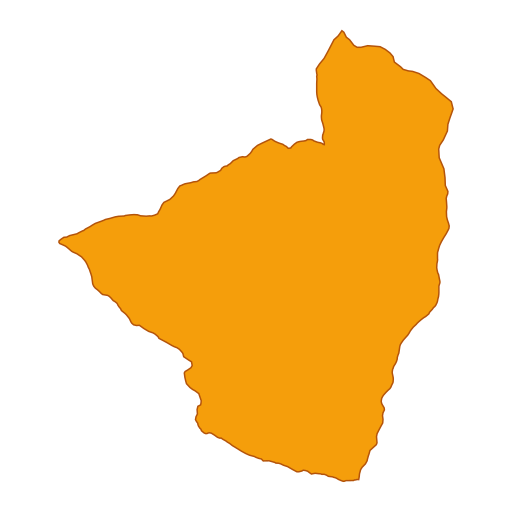 Doga, Paro, Bhutan
{"feature_id": "84629894B26183421967737", "entity_name": "Doga", "entity_type": "district", "adm_level": 2, "iso_a3": "BTN", "parent_name": "Bhutan", "parent_adm1": "Paro", "projection": "orthographic", "projection_center": [89.493, 27.296], "detail": "fine", "context": "isolated", "style": "filled", "palette": "amber", "viewbox_px": 512, "rotation_deg": 0, "n_neighbors": 0, "source": "geoboundaries", "source_scale": "gbopen_adm2", "svg_char_len": 6039}
<svg xmlns="http://www.w3.org/2000/svg" viewBox="0 0 512 512"><path d="M447.7,193.9L447.9,191.4L445.3,185.5L445.0,177.7L443.9,168.8L439.2,157.8L439.0,154.4L438.7,149.0L439.7,145.3L443.3,139.9L447.4,131.0L447.9,124.3L449.9,118.0L451.7,113.0L453.1,108.9L451.3,101.7L445.5,96.9L441.6,93.8L435.9,88.5L430.4,80.7L425.8,77.6L419.0,73.5L412.6,71.4L408.4,70.9L403.2,69.4L400.6,66.8L394.4,62.1L393.6,59.0L393.1,56.7L390.0,53.0L385.3,49.4L380.1,46.7L374.5,46.2L367.7,45.7L361.0,47.3L357.1,47.3L353.8,45.3L349.6,39.8L346.3,37.2L343.9,32.3L341.9,30.7L339.5,34.1L338.0,36.1L334.0,39.7L328.1,51.1L324.1,58.4L319.5,64.0L316.3,68.9L316.3,70.4L316.8,74.0L317.1,75.0L316.7,76.1L316.8,77.3L316.9,78.6L316.9,79.8L316.8,81.0L316.7,83.5L316.7,84.7L316.7,85.9L316.7,89.6L316.7,90.9L316.7,92.1L316.8,93.3L316.9,94.6L317.1,95.8L317.3,97.0L317.6,98.2L317.9,99.4L318.2,100.6L318.6,101.7L319.0,102.9L319.4,104.1L319.9,105.2L320.6,106.2L321.2,107.3L321.5,108.5L321.7,109.7L321.8,110.9L321.8,112.2L321.7,113.4L321.4,115.8L321.4,117.1L321.5,118.3L321.6,119.5L321.9,120.7L322.3,121.9L322.7,123.1L323.0,124.2L323.3,125.4L323.9,127.8L324.1,129.0L324.1,130.3L323.9,131.5L323.5,132.6L323.2,133.8L322.7,135.0L322.6,136.2L322.5,137.3L322.5,138.3L322.7,139.4L323.5,140.7L324.2,141.9L324.3,143.4L324.3,144.6L323.3,144.4L322.5,143.7L321.5,143.2L320.4,142.8L318.2,142.4L317.1,142.1L313.7,140.8L312.7,140.0L310.9,139.5L309.5,139.5L307.5,139.5L305.9,140.6L303.8,141.0L300.3,141.4L298.9,141.7L296.9,142.3L294.3,144.2L291.4,147.0L290.9,147.9L289.6,148.2L288.2,148.3L286.4,146.5L284.6,145.6L282.8,144.3L280.3,143.5L278.3,142.8L276.0,141.8L274.7,141.2L272.2,139.5L270.9,139.0L267.9,140.4L261.9,143.2L257.5,145.4L255.7,146.9L252.9,149.3L251.7,151.4L250.3,153.3L247.8,155.6L246.9,156.4L245.5,156.9L244.5,157.0L242.5,156.7L239.0,157.5L237.7,158.5L233.2,160.7L230.2,163.7L228.2,164.9L227.2,165.9L224.9,166.3L223.9,166.7L221.8,168.3L220.6,170.4L217.4,172.3L216.2,172.8L211.9,173.0L210.2,173.1L209.0,173.8L206.1,175.8L200.0,179.5L199.1,180.3L197.0,181.5L193.3,181.9L191.8,182.4L190.4,182.8L188.1,183.2L185.0,183.8L183.0,184.6L181.8,185.2L179.9,185.9L178.7,187.4L177.8,188.6L176.2,191.6L175.4,193.2L173.6,195.9L169.9,199.4L163.9,202.4L162.0,205.0L160.6,208.2L160.0,209.5L158.6,211.8L157.7,213.8L154.5,215.2L151.5,216.0L149.4,215.9L146.2,216.2L140.5,215.8L137.6,214.8L133.9,214.6L130.0,214.9L125.3,215.5L124.3,216.0L120.4,216.2L118.5,216.3L115.1,216.9L110.0,218.4L105.3,219.5L104.2,220.1L101.4,221.2L97.8,222.5L95.3,223.4L92.2,225.2L89.9,226.7L85.5,229.0L83.7,230.5L82.5,230.9L78.5,232.9L77.0,233.8L74.9,234.3L69.6,235.6L66.7,237.1L63.9,237.3L61.2,239.1L59.1,240.8L58.9,242.2L59.7,243.5L62.0,244.5L65.5,246.1L67.2,247.4L71.7,251.3L73.1,252.1L77.0,253.8L79.2,255.3L81.5,256.8L83.3,258.8L84.7,260.4L85.8,261.9L87.5,265.1L88.4,267.5L89.3,269.1L90.1,271.5L90.9,273.8L91.8,276.8L92.0,278.5L92.7,283.7L93.1,284.8L93.9,286.4L95.4,288.2L97.4,289.7L99.5,291.6L101.0,293.2L102.6,294.5L107.7,295.4L109.2,296.3L110.8,297.8L113.2,300.6L115.1,301.7L116.7,303.0L117.4,303.9L117.9,305.1L119.0,306.8L120.6,308.7L121.4,310.5L125.1,313.5L126.5,314.9L129.4,318.6L131.0,322.0L131.7,323.1L133.6,324.8L136.5,325.5L139.4,325.3L144.0,328.6L148.7,331.4L153.1,332.9L155.1,334.1L158.0,336.6L159.0,338.4L161.7,339.8L167.3,342.8L171.9,345.5L174.3,346.7L177.0,347.7L179.5,349.4L182.1,352.3L182.9,353.5L183.7,356.7L188.9,360.2L191.5,361.8L192.2,365.5L191.0,367.7L187.5,370.1L185.1,371.5L184.3,373.0L184.9,377.4L185.7,380.9L186.5,383.7L190.0,387.5L192.5,389.4L195.2,390.9L198.8,393.6L201.2,400.7L201.0,403.1L200.6,404.9L197.9,406.3L197.1,409.5L197.4,414.0L196.0,416.8L195.5,419.6L196.2,421.0L196.9,422.1L197.8,423.3L197.9,424.4L198.4,425.9L199.8,428.1L201.0,429.3L201.4,430.7L204.0,432.9L205.6,433.6L206.9,433.6L208.2,433.0L209.6,432.8L211.4,433.2L214.6,435.2L217.5,437.3L219.7,438.1L221.2,438.1L222.9,439.3L225.8,440.9L227.1,441.9L229.9,443.6L232.4,445.6L235.4,447.4L241.5,451.2L245.7,453.5L249.5,455.2L254.4,456.5L255.9,457.3L258.8,458.4L261.4,459.0L263.2,460.9L269.1,460.8L274.7,462.4L275.9,463.1L278.5,463.2L280.8,463.9L283.4,465.2L287.6,466.6L289.3,467.6L292.4,469.4L296.9,471.8L298.8,471.8L301.9,471.0L303.2,470.2L305.3,470.5L307.6,471.2L309.7,472.8L311.4,474.0L314.4,473.4L315.4,473.3L318.8,473.7L320.5,473.8L321.8,474.3L324.3,474.3L326.6,475.2L328.3,476.3L330.5,476.6L332.4,476.8L333.9,477.4L335.3,477.7L336.8,478.4L338.4,479.4L341.2,480.6L343.2,481.3L344.4,481.2L346.0,480.6L348.2,480.6L353.5,480.5L354.7,479.9L355.8,479.9L357.0,479.5L358.7,479.6L359.2,476.8L359.5,473.7L359.9,472.3L360.6,469.7L362.1,467.3L365.4,463.9L367.1,460.8L367.4,459.3L368.3,456.0L369.0,454.0L370.0,450.4L376.3,444.7L377.0,442.8L376.5,436.6L377.1,433.6L379.4,429.1L381.1,425.9L382.7,423.0L383.0,419.4L382.5,415.6L383.0,412.8L384.4,409.9L384.2,408.0L383.5,406.7L382.4,404.9L381.7,403.5L381.4,402.3L381.2,401.2L381.7,398.3L382.3,397.1L382.8,396.2L383.7,394.9L386.2,392.1L388.1,390.2L389.9,388.6L390.9,387.1L391.5,385.6L392.0,384.5L392.9,382.7L393.1,381.7L393.3,379.2L393.2,377.6L392.7,375.2L392.3,373.3L392.2,372.1L392.6,369.4L393.2,368.1L393.6,366.6L394.5,365.1L395.1,364.2L395.8,362.9L396.5,361.4L397.2,359.1L397.3,357.4L398.0,355.1L398.8,353.1L399.0,351.8L399.8,346.3L400.3,344.7L401.1,343.3L403.3,340.1L405.7,337.4L407.7,335.2L409.1,333.1L410.2,331.1L411.3,329.6L413.3,327.1L416.1,324.5L417.2,323.2L418.9,321.6L421.1,319.7L423.7,317.7L425.7,316.5L428.8,313.9L429.6,312.2L431.0,310.7L432.3,309.3L433.5,307.6L434.8,306.5L435.8,305.2L436.4,303.9L437.0,302.7L437.5,301.1L437.9,298.8L438.5,296.7L438.8,294.2L438.9,292.3L438.9,287.5L438.9,286.0L439.9,282.8L439.9,281.4L439.6,279.9L439.4,278.9L438.5,274.3L437.9,273.3L437.6,272.3L437.0,269.7L436.7,267.7L436.9,263.7L437.4,261.3L437.6,259.8L437.5,258.5L437.5,253.8L437.6,252.2L438.1,250.6L438.8,248.0L439.7,245.2L441.5,241.5L443.8,237.5L446.2,233.7L447.8,230.7L448.9,228.5L449.1,226.9L449.2,225.9L448.9,224.8L448.5,223.2L447.8,221.2L447.3,219.7L446.6,216.7L446.4,211.7L446.8,208.0L446.8,206.5L446.5,202.0L446.2,198.4L446.8,195.9L447.7,193.9Z" fill="#f59e0b" stroke="#b45309" stroke-width="1.5"/></svg>